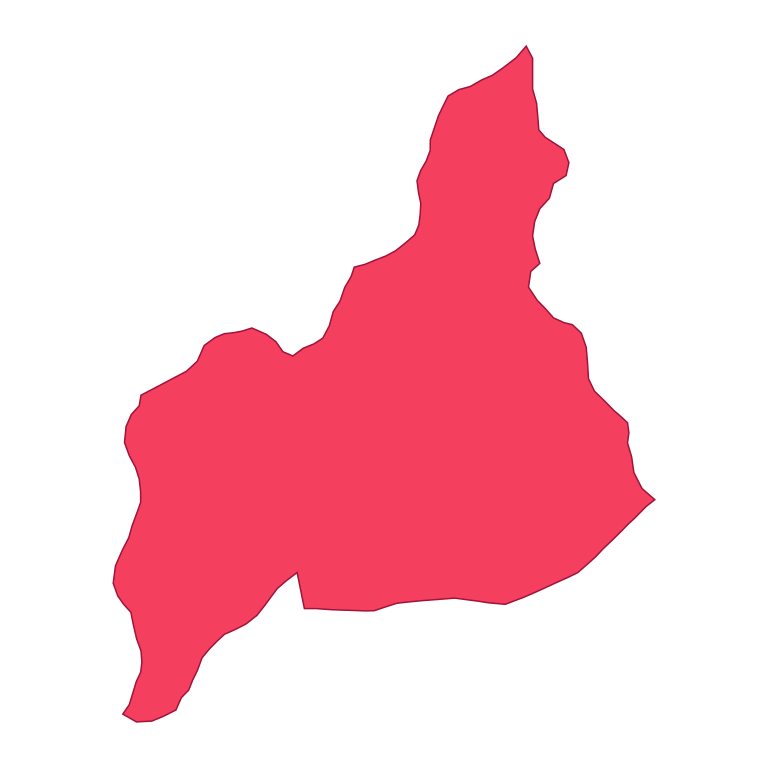 outline of Oliveira de Fátima, Tocantins, Brazil
{"feature_id": "56859067B48116477141254", "entity_name": "Oliveira de Fátima", "entity_type": "district", "adm_level": 2, "iso_a3": "BRA", "parent_name": "Brazil", "parent_adm1": "Tocantins", "projection": "natural_earth1", "projection_center": [-48.878, -10.662], "detail": "fine", "context": "isolated", "style": "filled", "palette": "rose", "viewbox_px": 768, "rotation_deg": 0, "n_neighbors": 0, "source": "geoboundaries", "source_scale": "gbopen_adm2", "svg_char_len": 2101}
<svg xmlns="http://www.w3.org/2000/svg" viewBox="0 0 768 768"><path d="M122.8,714.1L136.4,721.9L151.8,721.1L163.9,716.1L175.9,710.0L181.4,697.6L188.7,690.1L192.7,680.0L197.4,670.5L202.0,657.9L209.8,648.5L216.8,641.4L224.6,634.2L235.6,629.3L246.1,623.9L256.9,615.4L264.7,605.5L271.4,596.4L277.4,588.4L286.5,580.6L297.1,572.5L304.4,608.6L316.4,608.6L331.6,609.7L348.8,610.3L366.0,610.9L374.3,610.7L383.4,607.6L396.7,603.3L406.1,602.2L420.2,600.8L442.4,599.1L454.8,598.1L467.5,599.8L478.3,601.2L488.4,602.8L505.3,604.3L524.2,597.1L537.9,591.1L553.5,583.9L569.2,576.8L577.9,572.5L588.5,563.2L595.8,556.6L603.1,548.8L612.1,540.3L621.7,530.8L627.9,524.4L634.8,518.0L646.1,506.5L654.8,499.7L642.0,488.5L633.9,472.6L631.6,456.7L627.5,442.9L628.9,432.8L627.5,422.7L620.6,416.3L613.9,410.5L605.2,401.6L594.4,391.1L588.5,378.7L587.5,362.4L586.2,347.2L581.3,333.1L572.4,324.7L563.9,322.6L553.5,317.9L545.7,309.0L537.2,300.3L528.5,287.1L530.8,271.4L539.8,263.4L535.2,248.9L532.6,235.9L534.7,221.5L539.8,208.7L549.4,198.2L553.5,183.5L566.1,175.5L568.9,162.7L563.9,149.5L552.4,142.0L545.2,137.3L538.8,129.9L537.9,118.1L536.6,103.4L532.6,89.0L532.6,74.1L532.6,58.3L526.2,46.1L516.1,57.8L503.5,67.5L492.2,75.4L482.1,79.7L470.2,86.5L458.9,89.6L448.1,96.0L443.4,105.5L438.5,115.6L434.4,127.8L430.3,140.0L430.2,150.5L426.1,161.2L420.6,170.7L417.0,180.8L418.5,192.4L420.8,203.5L420.2,214.1L418.8,225.2L414.7,234.9L405.7,242.7L395.6,250.8L386.0,255.9L375.2,260.1L364.8,264.4L354.3,267.1L351.1,276.6L344.8,287.3L340.1,300.9L333.2,311.7L329.3,325.9L322.8,338.1L313.9,343.9L303.3,348.2L292.8,356.0L282.9,351.7L276.0,341.8L266.4,334.4L251.9,328.0L242.0,331.1L233.7,332.7L224.3,333.7L215.1,337.5L204.2,345.5L197.3,361.2L186.4,371.3L141.0,395.2L139.2,405.8L131.4,414.4L126.1,426.4L124.5,442.5L129.3,455.7L135.5,467.3L139.2,479.0L140.6,491.6L140.7,502.3L136.9,512.9L132.0,526.1L128.8,537.6L122.4,550.0L115.5,565.7L113.2,583.2L117.8,596.0L123.8,604.5L130.9,612.3L133.2,624.1L136.6,638.8L141.0,650.9L141.9,662.1L140.7,672.2L136.4,681.3L132.5,694.1L129.3,704.6L122.8,714.1Z" fill="#f43f5e" stroke="#9f1239" stroke-width="1.5"/></svg>